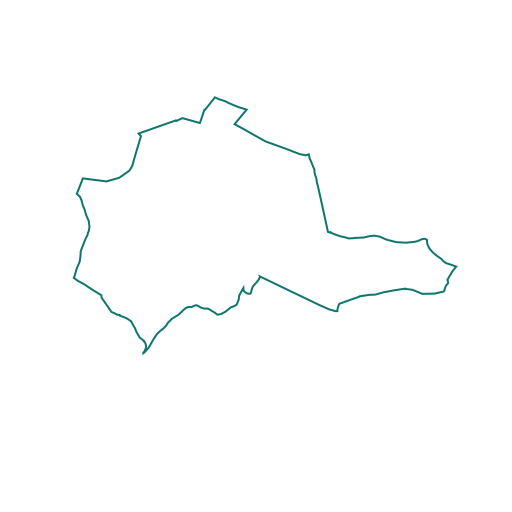 Songea Urban, Ruvuma, United Republic of Tanzania, rotated 202°
{"feature_id": "72390352B83796809810419", "entity_name": "Songea Urban", "entity_type": "district", "adm_level": 2, "iso_a3": "TZA", "parent_name": "United Republic of Tanzania", "parent_adm1": "Ruvuma", "projection": "albers", "projection_center": [35.59, -10.637], "detail": "fine", "context": "isolated", "style": "outline", "palette": "teal", "viewbox_px": 512, "rotation_deg": 202, "n_neighbors": 0, "source": "geoboundaries", "source_scale": "gbopen_adm2", "svg_char_len": 3562}
<svg xmlns="http://www.w3.org/2000/svg" viewBox="0 0 512 512"><g transform="rotate(202 256 256)"><path d="M324.0,123.8L322.9,125.8L321.1,131.1L319.9,140.3L318.6,146.4L316.8,150.6L315.0,153.6L314.2,155.4L313.3,157.6L312.4,162.2L311.6,163.3L311.3,164.1L310.8,165.7L308.3,169.3L305.8,172.5L305.6,173.0L303.8,177.0L303.3,178.2L302.8,179.2L302.5,179.8L301.6,181.4L301.5,181.6L300.0,183.1L298.5,183.9L296.5,184.6L295.1,186.3L293.1,188.0L290.8,188.0L288.1,187.6L287.0,187.6L285.2,187.7L283.4,188.2L281.3,189.1L280.7,189.2L279.5,189.1L278.2,188.9L275.7,188.4L273.3,188.1L269.8,187.1L266.7,189.1L263.7,192.6L260.0,199.0L257.0,201.8L255.7,203.8L255.7,208.2L255.7,209.2L256.1,210.5L256.7,212.8L256.7,213.3L256.7,213.6L256.0,219.9L255.7,221.7L255.4,221.1L255.1,220.3L254.6,219.4L254.3,218.9L254.0,218.8L253.1,218.6L251.8,218.2L250.0,218.0L248.6,218.3L247.5,218.7L247.4,218.8L247.2,219.0L247.0,219.9L247.0,220.7L247.3,222.6L247.5,225.0L247.5,226.5L246.5,229.4L245.5,232.1L244.7,234.9L244.6,236.0L244.5,237.4L244.5,238.4L244.6,238.5L204.3,235.9L177.8,234.2L174.6,234.2L170.8,234.0L168.5,233.9L164.0,234.4L161.9,234.6L161.1,234.8L159.9,235.4L160.5,237.3L160.8,239.3L161.0,242.2L160.7,243.0L150.1,252.5L144.8,257.1L144.9,257.4L136.6,262.3L130.9,264.9L130.4,265.3L123.9,270.3L122.7,271.0L115.9,275.4L115.1,275.9L106.0,281.3L106.0,281.1L103.2,282.0L98.1,283.3L87.6,283.2L76.4,288.0L68.6,293.4L68.4,294.6L68.7,296.5L68.8,297.9L68.8,298.8L68.7,299.8L68.3,301.2L68.0,301.9L67.7,302.8L68.2,303.9L69.6,305.6L68.2,315.1L67.0,319.3L66.4,321.2L71.5,321.0L77.1,320.6L80.5,321.4L83.2,322.8L87.9,323.8L93.3,325.5L97.5,327.6L100.1,329.7L102.0,331.8L103.1,334.1L103.6,335.0L105.6,335.3L108.0,334.2L110.6,331.5L111.9,330.2L114.7,328.3L116.5,327.4L121.5,324.7L122.9,324.2L130.8,321.5L134.7,320.9L135.5,320.8L140.7,320.1L141.0,320.1L142.5,320.1L148.7,320.3L153.2,319.3L154.1,319.1L159.0,316.4L163.0,313.5L165.2,312.5L170.4,310.1L171.1,309.8L173.2,308.6L176.6,307.0L177.0,307.0L181.1,306.6L183.8,306.1L186.0,305.8L190.1,305.6L193.7,305.6L195.8,306.0L195.7,305.5L198.3,305.3L214.6,329.2L223.9,342.7L225.0,344.4L226.7,346.4L227.0,346.9L228.1,348.8L229.8,351.5L231.7,353.4L231.8,353.6L232.9,355.2L234.2,357.8L234.3,358.1L236.4,360.1L239.3,363.2L242.9,366.7L245.1,370.0L247.6,368.0L253.1,366.9L260.4,366.7L264.8,366.7L280.0,366.2L282.6,366.1L284.2,366.0L290.4,365.8L292.7,366.1L298.8,366.9L314.8,369.0L319.1,369.5L324.7,370.2L324.9,370.3L325.2,370.3L324.8,371.5L323.1,377.0L319.5,388.2L327.8,387.5L333.3,387.5L338.1,387.6L342.9,388.0L348.8,387.5L353.5,387.7L353.7,387.0L356.9,376.2L358.0,372.5L358.6,372.3L357.8,358.3L373.7,356.5L375.9,356.2L380.6,351.2L381.1,351.7L410.7,325.6L407.6,324.1L406.5,313.2L406.4,311.4L405.5,302.5L405.4,301.9L405.4,301.7L404.5,292.8L405.4,287.6L412.1,277.3L414.0,275.8L422.0,269.6L422.6,269.1L431.2,266.9L433.3,266.3L445.6,263.1L445.4,246.5L441.2,244.8L438.4,242.0L435.5,238.0L432.9,235.5L428.5,230.0L424.1,225.7L421.2,220.4L420.4,216.3L420.5,214.0L420.1,213.1L420.5,206.9L420.4,201.1L420.3,194.8L418.8,190.4L417.4,185.1L417.4,184.7L417.5,176.8L416.7,169.2L416.8,167.5L412.0,166.3L411.8,166.2L405.3,165.5L404.5,165.4L399.3,164.3L395.9,163.6L393.8,163.2L391.3,162.8L384.6,161.7L384.5,161.4L384.4,161.2L383.9,160.0L383.7,159.6L380.6,157.6L368.9,149.9L366.9,150.0L362.8,149.6L360.1,150.2L359.6,149.6L359.3,149.7L352.9,149.8L349.7,149.2L347.3,148.7L344.6,146.4L341.0,143.6L338.4,140.8L336.2,139.1L333.2,136.8L329.6,135.8L327.8,134.8L327.7,135.0L326.0,133.7L324.3,131.6L323.6,129.1L323.6,126.3L324.2,124.3L324.0,123.8Z" fill="none" stroke="#0f766e" stroke-width="2"/></g></svg>